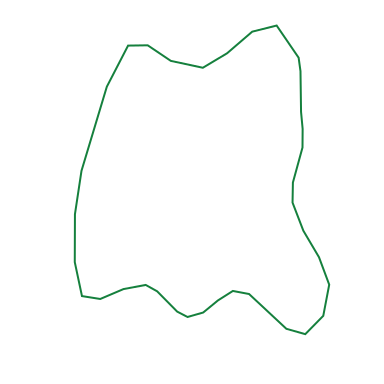 SVG path tracing the border of Harari People, rotated 353°
{"feature_id": "ETH-3136", "entity_name": "Harari People", "entity_type": "Administrative State", "adm_level": 1, "iso_a3": "ETH", "parent_name": "Ethiopia", "parent_adm1": "", "projection": "equal_earth", "projection_center": [42.189, 9.287], "detail": "fine", "context": "isolated", "style": "outline", "palette": "green", "viewbox_px": 384, "rotation_deg": 353, "n_neighbors": 0, "source": "natural_earth", "source_scale": "10m", "svg_char_len": 582}
<svg xmlns="http://www.w3.org/2000/svg" viewBox="0 0 384 384"><g transform="rotate(353 192 192)"><path d="M296.3,37.1L314.2,71.7L314.4,85.3L310.0,125.8L309.5,142.9L307.1,161.3L293.3,194.9L290.5,214.8L297.8,244.0L310.1,272.2L316.9,300.7L307.2,330.9L287.1,346.9L269.0,339.3L236.2,300.2L220.5,295.2L204.5,302.8L188.4,313.0L172.3,315.5L162.7,308.9L145.3,286.3L134.7,278.6L112.2,280.0L87.9,287.0L70.1,281.9L67.1,247.3L73.1,199.8L84.9,157.5L120.3,77.1L146.4,38.9L165.9,41.0L187.0,59.3L217.9,70.0L243.7,58.6L271.3,40.2L296.3,37.1Z" fill="none" stroke="#15803d" stroke-width="2"/></g></svg>